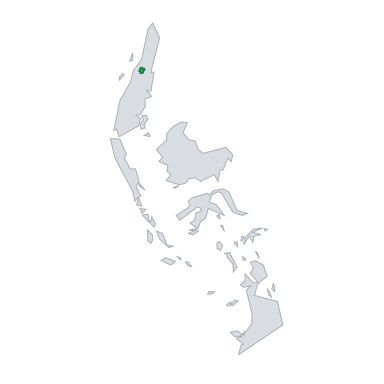 location of Padang Lawas, Sumatera Utara, Indonesia, rotated 55°
{"feature_id": "22746128B18337582481574", "entity_name": "Padang Lawas", "entity_type": "district", "adm_level": 2, "iso_a3": "IDN", "parent_name": "Indonesia", "parent_adm1": "Sumatera Utara", "projection": "natural_earth1", "projection_center": [99.825, 1.157], "detail": "fine", "context": "in_parent", "style": "filled", "palette": "green", "viewbox_px": 384, "rotation_deg": 55, "n_neighbors": 0, "source": "geoboundaries", "source_scale": "gbopen_adm2", "svg_char_len": 5104}
<svg xmlns="http://www.w3.org/2000/svg" viewBox="0 0 384 384"><g transform="rotate(55 192 192)"><path d="M132.4,156.1L138.5,165.6L147.7,164.4L152.4,160.0L160.5,162.6L166.7,160.8L174.9,138.5L184.9,137.3L189.7,142.6L184.6,143.1L191.8,153.8L189.8,156.1L198.2,164.7L190.7,163.7L188.2,178.9L182.4,181.2L179.2,187.2L181.2,191.4L179.0,198.1L167.9,206.6L165.5,199.0L161.0,200.8L156.3,196.5L148.0,201.6L146.9,196.2L136.8,196.8L134.9,183.0L129.8,179.2L127.6,169.8L128.5,160.5L132.4,156.1ZM31.0,127.3L47.3,130.2L68.3,154.8L70.8,156.8L71.9,154.3L85.9,167.9L82.5,170.9L90.4,170.3L88.8,177.3L95.3,181.1L98.7,189.7L97.3,193.8L102.6,192.0L107.1,198.0L105.0,220.1L97.2,217.6L96.9,220.8L75.7,198.5L66.7,179.4L58.7,169.8L54.7,157.5L33.5,134.7L31.0,127.3ZM353.0,193.9L352.0,247.0L345.4,239.4L346.2,237.2L337.5,239.8L339.1,234.5L336.7,231.7L337.6,231.3L338.9,231.5L339.8,231.2L335.8,229.2L337.6,228.5L334.1,218.9L326.8,212.9L303.6,203.8L302.7,197.5L299.6,204.4L296.1,205.7L295.1,199.5L289.6,195.4L301.8,194.0L303.4,189.8L292.0,190.9L289.4,185.4L282.8,184.3L284.6,179.6L292.7,175.5L303.8,178.7L305.3,191.5L312.6,200.1L330.7,184.7L353.0,193.9ZM239.8,164.5L231.8,170.2L209.5,168.4L206.7,170.5L205.8,177.2L210.1,183.8L216.5,179.4L229.6,179.0L214.9,188.0L221.5,196.3L221.2,202.1L225.5,208.4L216.4,211.4L216.7,206.0L211.6,201.3L212.8,195.1L209.9,194.4L207.2,196.7L208.2,218.2L202.1,218.4L202.6,205.5L201.6,201.3L197.4,200.3L196.8,194.8L201.9,180.0L204.3,179.7L203.4,173.4L207.3,164.7L213.0,161.8L233.1,165.7L241.4,158.9L239.8,164.5ZM107.3,220.8L123.1,223.9L125.5,228.0L137.8,229.3L140.7,225.0L152.7,229.1L156.0,235.0L165.7,236.1L165.5,241.1L166.9,244.1L157.6,240.2L120.2,235.6L101.5,228.3L107.3,220.8ZM259.8,165.7L266.5,159.8L263.6,166.7L268.1,170.9L260.9,170.2L264.7,179.9L259.6,174.6L257.7,163.4L261.9,154.7L259.8,165.7ZM263.0,196.0L279.7,198.2L281.3,204.1L274.6,199.8L265.2,200.7L262.6,198.4L260.9,201.1L263.0,196.0ZM224.4,242.8L212.1,245.5L203.6,243.5L209.2,239.8L221.2,243.0L225.4,238.7L224.4,242.8ZM189.2,239.1L197.4,240.3L198.8,243.3L182.3,246.0L185.0,240.8L190.6,243.8L192.5,242.7L189.2,239.1ZM239.4,245.5L239.6,251.4L230.2,256.7L230.8,251.0L239.4,245.5ZM107.1,186.3L109.4,192.7L112.6,193.6L111.5,197.7L106.8,195.7L105.3,190.4L100.7,189.3L103.0,185.5L107.1,186.3ZM335.0,240.1L328.8,241.0L332.0,234.3L336.9,232.9L338.3,235.4L335.0,240.1ZM204.9,249.0L208.7,251.8L210.4,255.0L206.5,256.1L197.5,250.2L204.9,249.0ZM253.6,197.8L256.2,202.2L252.3,203.8L247.9,200.5L248.2,197.9L253.6,197.8ZM166.1,239.2L174.8,241.2L170.8,244.8L166.1,239.2ZM179.7,239.5L180.9,245.1L175.8,244.3L179.7,239.5ZM122.4,194.6L118.2,198.8L118.5,193.6L122.4,194.6ZM307.7,216.9L308.5,223.9L306.6,224.3L305.0,219.1L307.7,216.9ZM163.4,229.4L156.8,231.5L154.0,230.3L163.4,229.4ZM227.6,209.7L227.6,216.1L223.8,218.8L225.3,210.3L227.6,209.7ZM44.0,161.0L50.0,164.7L49.2,168.1L44.0,161.0ZM58.7,187.1L56.3,185.8L55.3,180.6L57.1,180.4L58.7,187.1ZM284.5,237.8L283.2,235.3L286.9,230.6L286.6,234.8L284.5,237.8ZM278.4,173.2L285.2,175.0L277.5,174.4L278.4,173.2ZM236.5,186.2L242.8,187.9L235.9,187.8L236.5,186.2ZM224.6,212.8L221.3,216.0L224.3,210.3L224.6,212.8ZM313.7,178.0L317.3,178.6L320.7,181.6L317.4,182.3L313.7,178.0ZM252.8,235.1L250.4,237.4L245.7,237.7L247.0,235.1L252.8,235.1ZM307.3,225.1L305.7,228.4L304.1,228.3L304.3,223.1L307.3,225.1ZM262.8,186.2L258.6,186.7L257.4,185.6L259.2,183.5L262.8,186.2ZM314.3,185.6L319.4,186.1L324.3,187.3L319.6,188.1L314.3,185.6ZM225.9,182.3L230.1,184.4L225.7,185.6L225.9,182.3ZM266.1,154.5L263.2,153.9L265.9,151.5L266.1,154.5ZM235.7,241.2L240.4,239.3L241.0,240.5L235.7,241.2ZM278.3,186.4L277.5,189.3L273.9,187.9L275.7,187.0L278.3,186.4ZM179.4,203.3L177.6,205.3L179.1,199.1L179.4,203.3ZM258.7,175.3L260.9,179.2L260.0,179.9L256.8,176.7L258.7,175.3Z" fill="#d9dde1" stroke="#a8b0b8" stroke-width="1"/><path d="M63.5,166.0L63.4,166.0L63.5,165.9L63.5,165.7L63.4,165.6L63.4,165.4L63.5,165.4L63.8,165.3L64.1,165.5L64.3,165.6L64.5,165.8L64.8,165.9L65.0,166.1L65.3,166.2L65.4,166.3L65.5,166.3L65.8,166.4L65.7,166.3L65.7,166.2L65.4,166.0L65.4,165.9L65.5,165.8L65.5,165.6L65.6,165.4L65.5,165.2L65.5,164.9L65.6,164.7L65.8,164.5L65.7,164.5L65.7,164.4L65.6,164.2L65.4,164.0L65.4,163.9L65.4,163.7L65.5,163.7L65.8,163.5L65.8,163.4L65.7,163.4L65.7,163.2L65.4,162.9L65.5,162.9L65.4,162.8L65.4,162.7L65.4,162.4L65.2,162.3L65.0,162.1L64.9,162.0L64.9,161.9L64.8,161.7L64.7,161.6L64.6,161.4L64.4,161.4L64.3,161.5L64.2,161.5L64.3,161.4L64.2,161.4L64.2,161.2L64.2,160.9L64.1,160.7L64.0,160.3L64.0,160.2L63.9,160.2L64.0,160.2L63.9,160.1L63.7,160.1L63.5,160.3L63.4,160.4L63.4,160.5L63.1,160.7L63.0,160.8L62.9,161.0L62.7,161.1L62.6,161.3L62.4,161.4L62.4,161.5L62.2,161.6L62.0,161.8L61.9,161.9L61.9,162.0L61.8,161.9L61.8,162.0L61.7,162.0L61.4,162.2L61.3,162.3L61.1,162.4L60.9,162.4L60.8,162.5L60.7,162.6L60.6,162.9L60.6,163.0L60.8,163.1L60.9,163.3L61.1,163.4L61.2,163.5L61.3,163.7L61.4,163.8L61.5,163.9L61.5,164.0L61.6,164.4L61.7,164.5L61.8,164.5L61.7,164.6L61.7,164.8L61.8,164.9L61.9,165.0L62.0,165.1L62.3,165.1L62.5,165.1L62.6,165.3L62.7,165.5L62.8,165.5L63.0,165.7L63.3,165.8L63.4,166.0L63.5,166.0Z" fill="#22c55e" stroke="#15803d" stroke-width="1.5"/></g></svg>